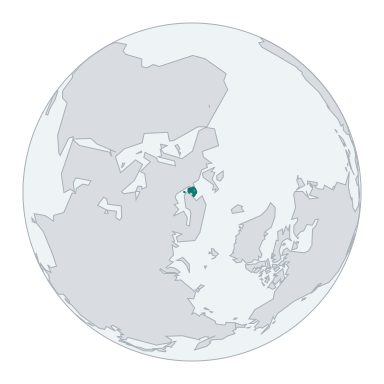 the Earth from above Denmark, rotated 157°
{"feature_id": "DNK", "entity_name": "Denmark", "entity_type": "country or territory", "adm_level": 0, "iso_a3": "DNK", "parent_name": "Europe", "parent_adm1": "", "projection": "orthographic", "projection_center": [10.731, 56.183], "detail": "fine", "context": "on_globe", "style": "filled", "palette": "teal", "viewbox_px": 384, "rotation_deg": 157, "n_neighbors": 0, "source": "natural_earth", "source_scale": "50m", "svg_char_len": 13248}
<svg xmlns="http://www.w3.org/2000/svg" viewBox="0 0 384 384"><g transform="rotate(157 192 192)"><circle cx="192" cy="192" r="169" fill="#eef3f6" stroke="#a8b0b8"/><path d="M23.1,190.0L23.5,190.9L24.8,181.0L25.1,176.7L24.4,176.2L26.6,160.4L29.3,150.8L45.7,107.8L49.5,101.6L52.9,97.3L75.1,73.2L57.7,90.1L63.2,83.4L70.7,75.6L70.3,76.5L80.4,68.2L87.6,62.3L101.1,55.3L112.9,55.3L108.3,57.6L111.7,57.6L117.7,54.8L120.8,53.0L140.6,51.6L161.0,46.6L165.9,42.6L166.0,45.6L174.2,36.9L184.3,34.1L173.9,38.9L173.5,40.6L180.8,39.3L182.1,40.9L186.3,41.2L187.1,43.3L181.0,46.3L181.4,47.8L186.5,46.8L190.6,48.5L183.0,49.7L189.3,52.9L180.1,59.1L159.1,61.8L154.9,68.0L135.5,78.5L138.2,79.7L132.5,84.9L133.4,88.3L129.6,89.5L133.7,91.2L137.0,89.4L139.9,89.7L140.8,91.6L136.0,93.4L134.9,92.7L134.0,94.3L131.2,94.4L133.1,95.5L127.2,97.7L134.2,98.4L130.6,102.7L126.3,103.4L125.2,99.4L112.6,92.2L108.0,92.2L102.6,95.9L95.6,110.6L91.1,112.4L86.2,117.7L89.3,118.3L94.3,114.5L98.9,117.2L104.5,112.5L107.2,113.1L113.5,110.1L114.2,114.8L111.4,121.1L106.2,124.0L104.8,127.0L111.1,127.9L102.7,137.1L99.3,150.1L97.0,152.2L90.0,149.3L86.6,139.7L77.6,137.1L85.0,143.3L79.0,148.9L78.7,151.8L80.0,154.3L82.9,154.0L81.2,157.0L73.1,151.7L74.6,148.9L77.1,150.5L75.5,146.2L70.0,143.1L67.4,146.5L61.9,139.3L60.0,141.7L57.7,141.6L61.1,138.2L54.8,144.4L47.9,138.6L39.2,149.5L46.0,135.7L47.4,129.4L48.3,123.0L46.8,124.6L50.0,114.7L49.4,110.0L44.0,114.7L38.8,123.6L35.7,133.6L37.2,133.3L36.3,139.8L31.8,143.6L29.4,157.5L26.7,163.0L25.3,170.2L25.4,175.6L25.1,183.8L26.7,184.4L28.4,189.7L26.6,195.4L29.0,194.4L29.0,201.3L33.6,215.7L32.8,215.9L36.3,234.8L43.2,250.7L44.7,257.8L43.6,258.8L46.6,263.9L46.7,265.6L61.4,285.5L71.1,298.1L72.2,303.3L67.0,302.2L69.0,307.9L68.2,307.0L59.8,297.2L52.2,286.9L45.4,276.0L39.4,264.6L34.4,252.8L30.2,240.7L27.0,228.3L24.7,215.6L23.4,202.9L23.1,190.0ZM36.6,152.1L34.1,171.1L33.1,163.5L33.8,164.2L34.9,158.6L36.2,150.1L36.0,144.0L36.6,152.1ZM40.9,153.1L41.2,150.2L41.3,152.6L40.9,153.1ZM122.0,52.1L117.7,54.6L111.8,56.7L115.3,54.3L122.0,52.1ZM133.4,49.1L131.7,50.6L128.1,50.0L130.2,49.3L133.4,49.1ZM169.1,39.7L165.3,40.7L168.6,39.2L169.1,39.7ZM186.8,40.9L187.4,40.2L189.3,40.7L186.8,40.9ZM112.7,107.7L113.1,108.9L111.7,108.8L112.7,107.7ZM115.1,105.4L113.3,104.5L114.1,103.3L115.3,103.8L115.1,105.4ZM192.3,44.5L195.2,45.7L191.2,44.9L192.3,44.5ZM117.2,106.8L115.9,101.2L117.4,99.2L123.0,99.6L117.2,106.8ZM196.2,46.7L203.2,49.9L205.3,48.5L203.3,54.7L198.0,49.8L192.8,49.0L196.0,48.2L196.2,46.7ZM137.7,88.1L134.2,90.0L136.3,86.7L137.7,88.1ZM138.4,85.9L140.8,75.7L146.4,74.0L144.5,77.6L151.1,74.2L152.7,78.3L149.4,81.1L145.4,81.4L149.1,82.8L138.4,85.9ZM201.1,57.8L201.8,59.1L199.8,58.3L201.1,57.8ZM141.3,89.5L141.3,87.5L146.2,85.8L147.1,89.5L145.2,88.9L141.3,89.5ZM152.1,71.3L155.9,70.9L158.2,74.0L160.0,74.3L153.2,78.2L152.1,71.3ZM144.5,90.2L147.4,91.5L145.9,94.1L141.6,91.3L144.5,90.2ZM147.0,83.9L149.4,83.3L148.4,84.8L147.0,83.9ZM142.2,104.3L142.0,101.8L144.6,100.7L142.2,104.3ZM148.6,91.8L149.1,90.9L150.1,90.2L151.7,91.6L148.6,91.8ZM155.3,80.3L155.5,81.8L158.2,78.8L160.1,81.2L155.2,83.5L158.1,83.5L158.7,84.3L154.1,85.3L155.3,80.3ZM156.2,90.9L150.6,94.9L150.3,99.8L148.1,100.8L149.0,92.9L156.2,90.9ZM155.3,87.5L155.4,89.9L152.5,89.9L150.8,88.4L155.3,87.5ZM163.1,82.1L161.5,77.8L162.6,77.5L163.1,82.1ZM156.7,92.3L158.0,91.3L157.0,92.6L156.7,92.3ZM161.7,85.2L161.0,83.7L162.3,83.3L161.7,85.2ZM161.2,90.8L159.4,92.0L158.2,90.9L161.2,90.8ZM161.9,88.2L163.9,88.1L158.8,89.8L161.4,87.5L161.9,88.2ZM163.1,85.1L163.6,84.4L163.2,85.8L163.1,85.1ZM167.0,94.2L160.9,96.6L158.2,94.2L164.4,92.2L167.0,94.2ZM360.7,182.7L360.8,185.9L359.9,183.0L359.3,185.1L357.5,178.1L353.3,173.0L353.3,181.4L351.5,177.5L345.7,176.6L344.7,188.6L344.3,213.3L347.3,224.3L345.8,233.7L336.5,227.8L330.8,219.3L328.4,224.6L318.0,223.2L302.7,237.9L299.7,236.2L297.0,240.5L289.6,242.0L284.7,238.6L280.6,241.8L293.4,250.4L297.7,246.8L300.2,238.1L303.0,242.1L310.1,241.4L305.2,259.7L281.2,286.6L277.5,278.9L252.4,261.0L252.4,257.5L252.3,257.1L251.9,256.6L250.9,262.7L246.2,258.3L261.0,273.6L264.1,280.8L280.9,287.3L279.6,289.4L284.6,289.6L299.1,277.0L299.4,279.8L293.4,296.9L272.3,322.7L274.4,329.3L271.6,335.6L256.8,344.4L256.5,346.8L248.6,350.2L247.1,351.4L239.9,354.0L233.9,355.7L222.3,358.2L210.6,359.9L203.7,359.4L194.6,353.4L200.4,348.7L199.3,344.7L186.3,334.1L189.2,327.1L185.4,324.0L177.8,324.5L173.3,320.4L168.5,319.9L138.0,317.4L128.0,309.6L114.4,287.6L119.4,281.8L119.1,272.3L152.7,246.2L161.2,249.7L189.1,246.5L192.9,247.8L191.0,256.4L213.2,264.6L218.6,256.8L237.3,258.2L248.7,254.4L250.2,237.6L231.4,243.6L226.7,236.7L240.6,225.2L256.8,219.9L255.5,217.1L244.0,214.1L246.5,206.7L239.9,212.5L243.5,214.7L239.5,218.5L236.0,216.8L237.0,214.2L231.8,214.3L228.3,227.3L231.5,230.9L218.6,236.1L222.8,242.7L219.7,246.8L211.4,237.2L211.3,233.0L197.0,222.5L195.9,227.3L209.4,237.6L205.8,237.2L204.5,244.3L202.6,238.6L188.1,226.5L175.6,229.4L161.8,245.6L154.0,246.0L146.6,241.4L149.5,224.2L166.5,225.3L167.8,219.7L162.5,210.8L168.1,212.0L168.1,208.6L174.3,208.6L181.3,200.6L187.4,199.7L188.5,189.2L191.8,187.4L190.2,194.1L192.4,198.4L207.3,196.2L209.6,193.6L209.1,187.0L213.3,187.4L210.9,181.4L218.6,177.1L207.2,177.5L206.3,170.3L210.0,163.9L207.7,161.7L201.6,172.2L201.0,176.4L203.8,179.8L200.5,191.9L195.7,194.4L191.4,182.3L184.2,184.6L184.1,174.6L200.6,151.6L208.3,146.2L224.7,151.6L223.9,156.7L217.6,157.1L225.0,163.1L223.6,159.5L227.1,160.0L227.1,153.6L229.5,153.7L225.4,147.6L228.4,147.0L231.0,150.9L233.6,141.3L239.3,138.6L238.7,136.4L236.5,134.9L245.3,132.7L244.5,131.2L241.3,131.4L237.5,128.6L234.3,123.0L237.6,122.5L239.2,124.5L247.4,128.1L251.1,133.6L252.1,132.9L249.6,128.0L239.6,123.6L236.8,120.4L241.7,121.7L239.7,121.0L239.3,119.2L242.0,117.2L236.6,115.4L227.9,98.2L232.2,92.9L237.5,95.8L234.9,84.2L239.9,79.7L236.9,79.8L233.6,74.7L232.0,76.0L230.3,75.7L221.1,64.0L221.5,61.2L214.2,56.8L212.6,56.9L211.9,58.8L203.3,54.7L205.3,48.5L208.7,48.5L207.7,44.8L215.5,45.5L221.6,44.6L230.8,48.0L234.7,47.2L233.8,45.9L238.6,44.2L251.4,45.6L244.9,50.2L226.5,50.5L234.3,50.7L233.7,52.5L237.2,53.8L242.6,53.9L242.6,52.8L257.1,63.5L272.5,69.4L268.6,63.9L270.5,61.7L284.6,65.0L307.9,83.2L310.7,81.7L313.7,83.4L317.6,88.6L313.3,86.1L313.5,89.1L310.5,87.1L315.3,95.0L311.2,92.5L317.0,100.2L319.4,100.1L316.7,93.7L323.5,101.8L326.1,99.5L331.0,103.3L342.4,121.7L346.9,134.9L348.2,137.1L347.5,139.5L350.4,148.4L354.5,149.7L355.7,152.7L358.6,167.2L358.0,165.3L356.3,171.7L358.7,180.6L360.0,177.5L360.6,180.5L360.7,182.7ZM142.8,262.6L142.3,265.6L142.8,262.6ZM275.3,221.7L284.1,216.7L277.8,209.1L280.7,206.6L277.5,205.1L277.3,208.6L269.1,203.8L272.1,198.3L269.8,194.4L266.7,195.9L262.6,206.9L274.3,213.7L273.3,219.1L275.3,221.7ZM33.8,216.1L34.1,219.0L33.2,216.7L33.8,216.1ZM31.8,164.7L31.8,167.8L31.4,170.3L31.1,168.2L31.8,164.7ZM35.4,190.2L36.1,194.1L34.8,191.0L35.4,190.2ZM34.0,173.9L34.8,187.3L32.5,181.9L32.2,173.6L33.1,178.0L34.0,173.9ZM38.4,154.8L38.1,157.1L37.4,157.5L38.4,154.8ZM41.0,154.9L40.9,154.2L41.6,152.5L41.0,154.9ZM79.5,149.2L80.1,149.7L80.8,152.5L79.3,151.9L79.5,149.2ZM91.0,161.6L87.9,166.2L89.1,162.3L86.4,162.2L85.5,154.2L95.7,152.9L91.3,154.8L91.0,161.6ZM87.0,143.5L86.5,148.5L86.7,143.1L87.0,143.5ZM161.7,191.0L164.3,193.5L162.8,197.4L155.1,199.2L157.3,193.6L161.7,191.0ZM168.5,196.1L166.4,184.1L171.1,182.7L168.8,185.5L172.2,185.7L169.4,190.3L175.9,201.1L175.0,205.3L161.2,206.0L166.3,203.4L163.3,201.0L168.5,196.1ZM152.8,158.3L151.9,153.8L163.2,156.5L162.7,160.5L155.0,162.4L151.1,158.9L152.8,158.3ZM127.4,109.0L126.3,107.6L127.6,107.0L129.6,107.7L127.4,109.0ZM141.9,103.2L133.3,114.7L131.7,113.6L128.7,122.0L123.1,122.5L125.3,116.9L118.8,123.8L118.5,119.0L114.6,124.0L120.0,111.6L119.5,107.8L122.1,111.9L127.2,111.5L129.2,110.2L134.7,103.8L136.1,95.7L141.4,94.3L144.7,95.5L145.2,97.2L141.6,97.5L144.8,99.6L140.0,101.4L141.9,103.2ZM180.8,113.9L176.5,112.9L182.0,118.6L177.3,119.9L178.2,120.5L175.3,123.4L173.4,128.0L171.1,127.9L171.4,129.8L169.4,131.8L169.1,134.3L164.7,135.2L163.8,138.5L162.2,137.1L162.0,142.5L160.2,138.9L157.5,141.4L160.7,143.5L137.8,143.5L129.6,146.7L123.8,151.5L121.5,145.1L125.5,136.7L132.8,128.6L141.0,126.6L138.5,124.2L141.7,122.6L142.3,125.2L143.2,120.3L146.0,119.7L152.5,113.4L152.0,107.1L154.4,104.7L155.9,106.9L157.2,103.0L161.8,105.6L163.6,104.1L169.9,105.2L171.9,110.6L173.7,108.4L178.6,109.4L180.8,113.9ZM168.7,94.7L172.2,100.5L171.3,104.1L160.7,100.7L158.5,101.7L151.6,99.9L153.1,94.7L154.9,95.7L157.0,95.5L155.7,97.2L158.3,95.6L160.9,97.0L163.6,96.2L164.0,98.2L168.7,94.7ZM196.3,244.3L199.0,244.5L203.1,243.7L202.3,248.2L196.3,244.3ZM186.3,236.3L188.6,235.6L189.6,241.4L186.7,241.3L186.3,236.3ZM189.1,230.5L188.7,235.1L187.2,232.6L189.1,230.5ZM192.3,193.2L194.7,192.2L195.3,193.6L194.3,196.1L192.3,193.2ZM196.3,132.3L194.0,130.9L194.5,129.9L191.8,124.7L195.2,123.5L198.1,126.1L196.3,132.3ZM247.5,241.5L244.7,245.6L242.7,244.8L244.1,243.5L247.5,241.5ZM222.8,248.2L228.8,248.9L222.5,249.4L222.8,248.2ZM199.5,130.1L198.0,128.1L200.6,128.7L199.5,130.1ZM197.5,122.4L200.4,122.6L195.3,122.8L197.5,122.4ZM296.2,320.8L282.8,334.1L276.1,338.1L276.2,337.0L282.1,330.4L290.3,324.2L294.8,319.1L296.2,320.8ZM360.9,195.3L359.4,196.3L360.0,191.3L360.8,185.7L360.9,195.3ZM347.9,224.6L350.6,227.0L349.5,230.8L347.9,224.6ZM346.7,124.2L346.8,124.3L346.0,122.5L346.1,122.8L346.7,124.2ZM349.8,139.7L350.7,143.8L349.9,142.6L348.3,136.7L349.8,139.7ZM334.8,106.8L338.0,110.4L339.2,112.3L338.1,111.7L334.8,106.8ZM225.9,118.6L225.8,127.0L228.0,132.6L232.7,135.0L226.0,135.4L222.7,126.7L225.9,118.6ZM227.3,100.7L223.2,99.0L225.0,97.6L226.1,97.8L227.3,100.7ZM224.9,101.2L220.0,103.2L217.6,100.8L222.0,99.7L224.9,101.2ZM209.8,116.4L209.6,118.9L207.5,118.2L209.8,116.4ZM345.5,121.3L346.2,123.1L342.6,116.7L341.1,113.4L344.5,119.4L344.1,118.5L345.5,121.3ZM312.2,78.1L310.5,77.4L308.0,74.4L309.9,75.7L312.2,78.1ZM298.6,64.8L306.8,73.4L313.2,80.9L312.9,79.6L317.4,83.5L315.9,84.1L308.9,77.1L304.7,71.9L300.7,69.4L295.6,64.9L291.5,63.5L288.2,61.2L290.6,61.0L298.6,64.8ZM289.9,63.2L281.0,60.1L278.0,55.8L279.3,55.5L284.7,58.7L285.9,60.7L289.9,63.2ZM277.9,58.1L279.0,60.2L268.3,61.6L265.2,60.9L271.9,57.1L273.3,58.9L276.5,59.5L277.9,58.1ZM203.4,58.6L202.0,59.1L202.3,57.9L203.4,58.6ZM229.5,76.5L227.3,75.9L227.8,74.4L229.5,76.5ZM221.4,73.4L222.4,75.5L220.0,73.5L221.4,73.4ZM224.9,80.4L222.1,76.5L226.7,79.9L224.9,80.4Z" fill="#d9dde1" stroke="#a8b0b8" stroke-width="1"/><path d="M190.3,196.0L190.2,196.0L190.1,195.9L189.9,195.9L189.6,196.0L189.4,195.9L188.9,195.8L188.8,195.7L188.5,195.7L188.5,195.3L188.4,195.0L188.5,195.0L188.5,194.5L188.5,194.2L188.0,193.9L187.7,193.6L187.8,192.8L187.8,192.5L187.7,192.0L187.7,191.5L187.8,190.7L188.0,190.7L188.3,190.8L188.5,190.8L188.5,191.0L188.7,190.9L188.8,190.6L189.0,190.3L189.2,190.2L189.3,190.2L189.4,190.3L189.5,190.4L189.5,190.1L189.6,189.5L189.4,189.4L189.2,189.5L189.0,189.9L188.8,190.4L188.6,190.4L188.3,190.5L188.1,190.4L188.0,190.2L188.3,189.6L188.6,189.2L188.9,189.2L189.2,189.1L189.3,189.1L189.7,189.1L189.9,189.1L190.1,188.9L190.5,188.2L190.8,187.9L191.3,187.8L191.7,187.4L191.8,187.4L191.6,187.7L191.6,187.8L191.7,188.3L191.7,188.5L191.7,188.9L191.5,189.1L191.4,189.5L191.3,190.1L191.3,190.7L191.4,190.9L191.6,191.0L192.2,191.0L192.3,191.2L192.3,191.5L192.2,191.7L192.0,191.8L191.8,191.9L191.7,191.9L191.5,191.7L191.4,191.8L191.2,192.5L191.1,192.9L191.1,193.0L191.0,192.9L190.8,192.9L190.6,193.0L190.8,193.2L190.8,193.3L190.6,193.4L190.5,193.6L190.4,193.7L190.2,193.8L190.1,194.0L190.1,194.3L190.2,194.5L190.2,194.9L189.9,195.1L189.8,195.4L190.0,195.4L190.2,195.5L190.3,195.6L190.3,196.0ZM195.0,193.1L195.1,193.4L195.0,193.5L194.8,193.6L194.6,193.7L194.5,193.9L194.5,194.1L194.8,194.3L194.8,194.6L194.7,194.8L194.3,194.9L194.3,195.3L194.3,195.5L194.2,196.0L193.9,196.1L193.7,195.7L193.6,195.4L193.6,195.2L193.6,194.9L193.3,194.9L193.1,194.8L192.9,194.9L192.7,194.5L192.8,194.1L192.7,193.9L192.6,193.7L192.4,193.4L192.5,193.3L192.8,193.3L193.0,193.3L193.2,192.9L193.2,192.7L193.5,192.7L193.6,192.8L193.6,193.0L193.6,193.3L193.8,193.4L193.9,193.2L194.0,193.0L194.0,192.8L194.0,192.7L193.9,192.6L194.2,192.4L194.4,192.2L194.6,192.1L194.8,192.2L195.0,192.3L195.0,192.6L195.0,193.1ZM191.9,193.7L191.9,193.8L192.0,194.2L192.1,194.5L192.1,194.9L192.1,195.1L191.8,195.3L191.5,195.3L191.2,195.2L190.7,195.0L190.7,194.9L190.5,194.4L190.5,194.0L190.8,193.9L191.3,193.7L191.5,193.8L191.8,193.7L191.9,193.7ZM193.1,195.8L193.4,196.0L193.6,196.0L193.8,196.4L193.6,196.5L193.2,196.6L192.5,196.2L192.5,195.8L192.6,195.7L192.9,195.6L193.1,195.8ZM199.4,195.2L199.0,195.2L198.7,195.0L198.7,194.6L198.8,194.4L199.4,194.8L199.4,195.0L199.4,195.2ZM192.0,196.2L191.9,196.2L191.8,195.9L192.0,195.6L192.2,195.3L192.3,195.0L192.3,195.3L192.1,196.1L192.0,196.2ZM190.9,195.8L190.7,195.9L190.4,195.8L190.4,195.3L190.5,195.3L190.8,195.5L190.9,195.8L190.9,195.8ZM195.1,195.5L194.8,195.6L194.5,195.8L194.4,195.7L194.5,195.5L194.6,195.4L194.8,195.4L195.0,195.5L195.1,195.5ZM191.8,193.2L191.7,193.2L191.7,192.8L191.6,192.7L191.8,192.8L191.8,193.0L191.8,193.2ZM192.5,188.8L192.4,188.9L192.2,188.8L192.3,188.7L192.6,188.6L192.6,188.8L192.5,188.8ZM191.6,195.9L191.5,196.0L191.3,195.9L191.1,195.7L191.3,195.8L191.5,195.8L191.6,195.9ZM195.2,193.7L195.1,193.8L195.0,193.6L195.1,193.4L195.2,193.5L195.2,193.7Z" fill="#14b8a6" stroke="#0f766e" stroke-width="1.5"/></g></svg>